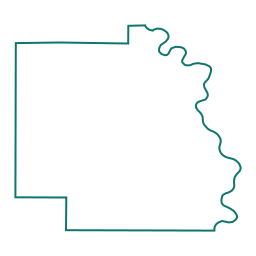 outline of Burt, Nebraska, United States of America
{"feature_id": "52423323B77743332885702", "entity_name": "Burt", "entity_type": "district", "adm_level": 2, "iso_a3": "USA", "parent_name": "United States of America", "parent_adm1": "Nebraska", "projection": "robinson", "projection_center": [-96.168, 41.865], "detail": "fine", "context": "isolated", "style": "outline", "palette": "teal", "viewbox_px": 256, "rotation_deg": 0, "n_neighbors": 0, "source": "geoboundaries", "source_scale": "gbopen_adm2", "svg_char_len": 1698}
<svg xmlns="http://www.w3.org/2000/svg" viewBox="0 0 256 256"><path d="M66.0,230.2L214.4,230.6L214.5,227.4L215.1,226.0L216.2,224.2L218.9,222.2L222.0,221.0L228.7,222.4L232.4,222.0L235.4,220.0L236.7,218.2L237.1,217.1L237.0,216.0L236.6,215.0L235.8,213.5L233.7,210.9L230.1,208.5L223.2,205.2L221.8,203.2L221.5,201.5L221.4,199.6L222.2,196.1L223.1,194.9L225.5,193.4L228.2,192.6L231.4,191.0L233.6,188.4L234.3,186.3L234.0,180.8L234.7,177.2L236.7,174.2L239.8,170.9L240.6,168.6L240.5,166.8L239.4,164.3L238.3,162.7L235.6,160.3L233.1,159.0L227.2,157.5L225.2,156.7L222.6,155.0L220.9,153.0L220.1,151.3L219.4,148.8L219.3,147.3L220.7,142.0L220.7,139.7L219.6,137.2L217.9,134.8L216.9,133.8L213.7,131.7L210.3,130.4L208.2,129.1L206.4,127.3L205.1,125.9L203.9,124.2L203.2,122.5L202.9,121.0L202.6,116.9L201.9,115.1L200.4,112.8L197.6,110.0L196.0,107.3L195.9,105.2L196.5,103.8L197.2,102.7L199.4,101.4L205.0,99.7L206.1,98.9L207.5,96.6L207.8,95.1L207.5,93.1L204.4,87.3L203.9,85.0L204.3,83.3L204.8,82.5L208.1,79.0L209.1,77.0L210.9,71.7L211.1,69.1L210.8,68.0L209.4,66.3L205.4,64.4L198.4,63.2L196.5,63.3L193.1,63.9L190.3,65.1L188.9,65.4L185.7,65.2L184.8,64.8L182.8,62.9L182.3,62.2L182.1,60.8L183.3,58.1L185.4,54.6L185.9,53.3L186.0,52.1L185.5,50.6L183.9,48.5L181.0,47.2L175.7,46.8L171.5,48.3L170.4,49.9L168.5,53.5L167.5,54.6L166.8,55.0L164.8,55.2L161.7,54.1L159.8,52.4L159.2,51.5L159.0,50.4L159.2,48.1L160.7,45.1L165.7,41.6L167.6,39.3L168.5,37.3L168.4,35.4L167.6,33.3L166.7,32.2L163.7,30.0L160.9,28.9L157.0,28.6L153.5,29.8L152.8,30.6L150.5,30.1L149.2,29.6L147.0,28.2L145.7,26.7L145.1,25.5L145.1,25.4L128.3,25.8L128.2,43.5L59.1,42.5L15.8,43.1L15.4,197.3L66.3,197.5L66.0,230.2Z" fill="none" stroke="#0f766e" stroke-width="2"/></svg>